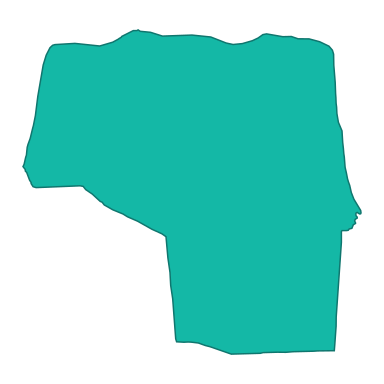 Malacatancito, Huehuetenango, Guatemala
{"feature_id": "79465075B52740095306971", "entity_name": "Malacatancito", "entity_type": "district", "adm_level": 2, "iso_a3": "GTM", "parent_name": "Guatemala", "parent_adm1": "Huehuetenango", "projection": "equal_earth", "projection_center": [-91.474, 15.234], "detail": "fine", "context": "isolated", "style": "filled", "palette": "teal", "viewbox_px": 384, "rotation_deg": 0, "n_neighbors": 0, "source": "geoboundaries", "source_scale": "gbopen_adm2", "svg_char_len": 1799}
<svg xmlns="http://www.w3.org/2000/svg" viewBox="0 0 384 384"><path d="M138.1,29.9L136.9,30.6L133.3,30.6L121.8,36.4L121.1,37.4L119.1,38.5L118.4,39.1L112.7,42.2L99.7,46.0L74.9,43.4L54.9,44.6L52.6,45.3L50.0,47.7L46.2,55.2L43.2,65.0L37.8,96.4L35.4,115.6L33.4,125.6L32.6,128.5L30.2,138.4L28.0,144.4L27.2,147.3L26.4,155.2L25.7,157.2L24.1,164.3L23.0,166.6L25.3,169.6L25.3,171.0L26.7,172.5L29.6,180.2L31.2,182.7L31.1,183.6L33.1,186.7L36.1,187.6L80.1,185.8L83.2,186.4L85.7,189.6L92.2,194.0L100.2,201.4L102.1,202.2L104.3,205.0L112.8,209.8L123.0,214.0L127.5,216.8L137.6,221.2L152.0,229.3L161.9,233.8L166.0,236.7L167.9,257.9L170.0,272.5L170.7,285.5L172.7,298.8L175.7,338.8L176.6,341.8L183.9,342.2L188.0,342.0L190.9,342.1L198.4,343.0L205.3,345.5L210.0,346.7L231.3,354.1L260.3,353.3L263.1,352.6L277.4,352.2L285.8,352.3L293.2,351.7L313.4,351.2L317.8,350.9L333.6,350.7L334.3,350.7L334.7,345.7L336.1,326.2L336.2,317.0L341.4,242.3L341.4,231.6L342.0,230.6L343.6,230.6L346.3,230.6L348.2,230.3L349.3,228.9L350.9,228.6L351.9,228.3L353.3,224.8L354.7,223.9L355.5,223.5L355.4,222.3L354.8,221.7L354.8,220.3L355.4,219.2L357.2,218.1L357.2,217.1L356.2,216.0L355.9,215.1L355.9,213.3L356.5,212.7L357.1,212.4L359.3,213.8L360.0,214.0L360.8,213.6L361.0,212.4L360.8,211.4L360.7,210.5L353.9,199.2L351.3,192.5L349.7,185.4L348.4,181.8L347.5,178.7L346.4,173.0L345.1,167.3L344.3,157.0L343.8,153.6L343.4,148.6L342.7,142.4L342.0,130.9L338.4,122.3L336.9,113.5L336.6,107.1L336.1,103.3L335.9,97.8L335.6,93.6L335.2,82.5L333.8,65.2L333.6,54.2L332.4,50.2L329.0,46.2L319.6,41.7L309.1,38.9L298.1,38.8L291.3,36.5L282.8,36.7L266.6,33.9L262.9,34.6L258.1,38.0L252.4,40.7L242.3,43.6L233.1,44.5L226.1,43.0L222.3,41.5L210.8,37.0L192.3,35.1L191.0,35.1L162.5,36.1L150.5,32.3L140.2,31.3L138.1,29.9Z" fill="#14b8a6" stroke="#0f766e" stroke-width="1.5"/></svg>